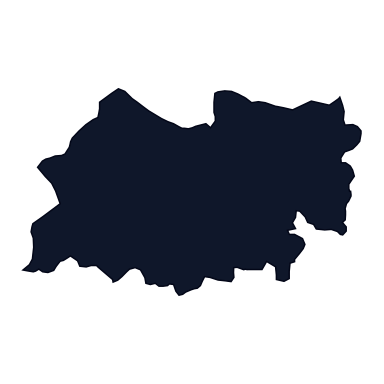 Dibis, At-Ta'mim, Iraq (Robinson projection)
{"feature_id": "34846034B21026183347642", "entity_name": "Dibis", "entity_type": "district", "adm_level": 2, "iso_a3": "IRQ", "parent_name": "Iraq", "parent_adm1": "At-Ta'mim", "projection": "robinson", "projection_center": [44.143, 35.661], "detail": "fine", "context": "isolated", "style": "filled", "palette": "ink", "viewbox_px": 384, "rotation_deg": 0, "n_neighbors": 0, "source": "geoboundaries", "source_scale": "gbopen_adm2", "svg_char_len": 2553}
<svg xmlns="http://www.w3.org/2000/svg" viewBox="0 0 384 384"><path d="M197.3,288.2L200.4,285.6L202.2,281.4L204.6,276.6L210.0,277.4L218.0,280.0L225.3,280.8L231.1,281.6L233.9,277.4L233.5,272.6L233.7,267.6L237.2,267.3L242.4,269.2L243.8,269.7L244.2,269.5L245.4,269.2L247.2,269.6L247.7,269.5L256.0,269.5L262.0,269.5L265.1,264.1L266.6,261.4L275.6,266.8L276.4,275.0L276.4,279.5L284.0,281.3L289.2,278.6L289.2,271.4L290.0,263.2L294.6,261.7L294.5,259.5L299.7,253.2L303.2,248.6L304.9,244.4L302.5,238.6L294.5,234.4L289.3,234.4L287.5,230.3L295.5,228.6L292.4,222.8L295.5,217.4L296.2,210.7L299.7,211.1L305.2,216.9L307.7,222.4L313.6,224.4L316.3,229.0L324.7,229.9L331.3,229.4L337.5,231.5L340.3,234.4L342.7,234.9L346.2,231.1L346.2,226.9L344.8,225.3L342.4,222.4L345.2,219.9L345.5,214.9L345.5,211.1L345.1,208.6L346.5,203.6L348.6,201.1L351.0,196.1L351.0,194.4L350.6,191.3L349.6,191.3L348.8,188.6L348.8,184.3L351.7,180.0L354.3,176.2L352.6,170.1L350.3,166.1L345.6,162.8L341.2,162.8L340.8,158.0L344.6,151.9L348.8,150.4L352.6,148.9L356.8,144.8L359.7,141.3L361.0,133.7L361.0,130.9L357.4,126.6L352.9,124.6L345.0,125.1L343.3,119.8L344.1,111.5L342.6,105.4L339.8,97.2L338.7,98.6L335.3,101.1L329.3,105.2L311.3,101.1L292.6,109.9L283.6,107.8L277.0,106.5L276.9,106.5L275.5,106.3L265.2,102.7L258.4,101.7L251.6,102.7L245.6,98.1L237.9,94.0L231.5,91.4L224.7,90.9L217.9,91.9L214.9,93.4L214.0,102.2L214.0,108.8L214.0,112.4L215.3,116.5L215.3,121.1L211.9,125.8L210.6,127.8L205.9,123.7L195.7,126.3L192.3,127.8L188.4,128.8L184.6,128.3L182.0,128.3L179.0,126.8L173.5,123.7L167.9,121.7L161.5,118.6L154.7,114.5L148.7,110.9L143.2,106.8L137.2,102.2L132.1,98.6L124.8,91.4L118.4,88.8L111.6,93.4L99.6,102.2L99.6,108.8L98.8,113.4L97.9,117.5L93.2,119.6L85.9,124.7L79.1,130.9L72.3,138.1L70.6,141.7L70.1,144.2L69.3,147.3L67.6,149.9L65.0,154.0L61.6,155.5L55.2,156.0L50.0,158.1L45.8,159.1L42.4,161.1L37.6,167.3L45.3,176.5L51.7,183.2L55.6,190.9L60.2,203.7L43.1,216.5L32.9,223.7L32.0,226.8L31.1,231.9L33.3,238.1L33.7,247.3L32.4,259.1L29.4,264.7L23.0,270.0L27.8,270.9L33.3,271.8L35.6,271.1L38.8,269.1L42.7,271.8L47.9,272.5L53.7,270.4L56.1,266.4L60.1,261.2L63.4,260.4L67.4,257.9L70.4,255.9L77.6,260.8L79.8,266.2L86.2,266.9L91.1,265.5L96.4,265.5L98.3,267.1L98.2,267.2L112.6,279.5L113.1,282.1L117.7,280.2L121.9,276.6L126.6,271.8L129.4,269.2L135.1,267.6L140.5,269.8L144.9,277.7L145.9,283.3L150.3,284.5L155.3,283.3L159.0,286.2L163.0,286.2L167.5,285.6L169.4,283.9L173.6,284.5L175.9,291.2L179.0,295.2L182.7,294.3L185.6,292.1L191.0,289.8L194.3,288.7L197.3,288.2Z" fill="#0f172a" stroke="#020617" stroke-width="1.5"/></svg>